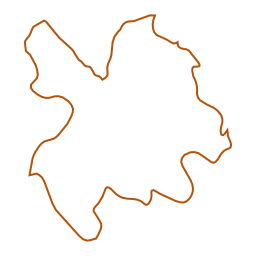 the border of Lào Cai
{"feature_id": "VNM-5483", "entity_name": "Lào Cai", "entity_type": "Province", "adm_level": 1, "iso_a3": "VNM", "parent_name": "Vietnam", "parent_adm1": "", "projection": "mercator", "projection_center": [104.093, 22.267], "detail": "fine", "context": "isolated", "style": "outline", "palette": "amber", "viewbox_px": 256, "rotation_deg": 0, "n_neighbors": 0, "source": "natural_earth", "source_scale": "10m", "svg_char_len": 2378}
<svg xmlns="http://www.w3.org/2000/svg" viewBox="0 0 256 256"><path d="M173.5,43.5L176.4,43.0L177.6,42.2L177.6,43.4L178.1,45.9L179.1,47.1L181.2,48.4L186.9,49.5L188.9,50.6L190.3,52.1L191.4,53.8L198.3,62.3L199.4,64.4L199.6,65.7L198.8,66.4L197.6,66.6L194.0,66.7L192.6,67.7L192.2,70.3L193.2,75.9L195.6,81.2L196.6,85.0L197.1,87.9L197.0,93.8L198.0,97.6L200.1,100.3L206.5,104.3L212.8,107.3L215.6,109.1L218.3,111.5L221.1,115.2L222.3,118.6L222.4,122.0L220.9,128.2L220.6,131.0L221.0,133.7L221.8,134.9L223.0,135.2L224.3,134.3L227.4,130.1L228.0,136.2L230.6,142.3L231.1,145.2L230.6,147.3L229.0,148.5L226.5,149.3L223.7,151.1L221.0,154.0L218.0,159.1L215.6,161.9L213.6,162.8L211.2,162.0L198.6,153.2L194.6,152.1L190.5,152.3L184.5,154.9L181.9,158.4L181.2,162.0L182.6,166.1L190.5,180.1L192.3,184.3L192.9,188.0L192.8,191.4L191.5,195.4L189.4,198.6L186.7,201.2L183.6,202.5L180.0,202.3L175.5,200.9L160.0,193.8L155.3,191.0L153.4,190.1L151.8,190.6L151.3,192.1L151.5,194.4L151.4,197.3L150.5,200.4L148.4,203.8L146.8,204.8L145.1,204.5L143.2,202.8L140.9,201.2L138.0,199.9L134.7,199.2L126.8,198.6L122.9,197.9L119.7,196.5L116.3,194.3L111.0,189.0L108.9,187.6L107.0,187.3L105.7,188.5L102.4,196.8L98.6,203.1L95.4,206.6L94.0,208.6L93.5,210.1L93.8,211.5L100.0,221.3L101.1,223.9L101.3,226.4L100.7,229.2L98.3,234.7L96.0,238.5L90.6,240.1L87.2,240.6L83.2,239.3L79.1,235.8L56.0,210.1L52.4,203.4L44.2,181.3L41.8,177.2L38.7,174.7L36.3,173.6L29.5,175.3L32.6,158.2L33.9,155.0L35.5,151.7L39.4,145.8L41.7,143.4L44.5,141.4L53.8,138.7L56.5,136.8L58.8,134.5L67.3,124.0L71.4,116.1L72.7,112.4L73.0,108.8L71.5,105.1L68.7,101.5L62.8,97.4L58.5,96.2L54.5,96.4L51.4,97.3L48.3,97.9L45.1,97.8L41.5,96.7L37.7,94.6L33.0,90.9L30.9,87.8L31.1,84.7L33.0,82.4L35.3,80.1L37.2,77.7L37.8,74.3L37.1,69.9L35.7,65.2L29.9,54.5L25.9,51.1L24.9,42.5L25.4,40.6L29.3,35.6L30.9,32.4L32.0,29.4L33.4,26.9L36.0,25.3L44.0,20.6L46.2,21.8L58.9,37.4L71.5,48.9L73.6,51.3L74.4,53.1L78.2,59.1L79.4,60.4L80.9,61.1L85.1,65.9L86.2,66.3L89.2,66.7L90.3,67.2L91.8,69.3L94.5,74.4L96.1,75.5L98.9,76.2L100.8,77.8L102.4,79.7L105.1,78.1L107.3,75.7L107.6,73.0L107.3,70.1L107.3,67.0L108.1,63.9L110.6,57.9L111.4,54.8L112.6,42.5L114.4,36.8L118.3,31.5L120.1,29.8L122.3,25.7L123.7,23.9L126.2,22.1L128.5,21.5L133.9,21.1L149.8,15.4L155.0,15.5L153.5,19.5L152.7,23.8L152.9,28.1L154.2,32.2L156.6,35.0L166.9,39.7L170.8,42.2L173.5,43.5Z" fill="none" stroke="#b45309" stroke-width="2"/></svg>